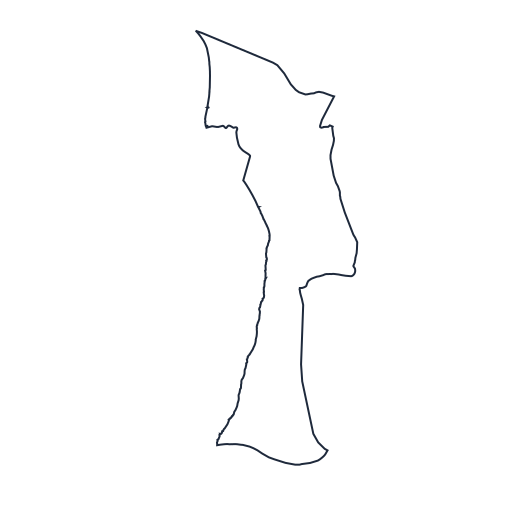 Khanfar, Abyan, Yemen, rotated 110°
{"feature_id": "15242507B88266569428979", "entity_name": "Khanfar", "entity_type": "district", "adm_level": 2, "iso_a3": "YEM", "parent_name": "Yemen", "parent_adm1": "Abyan", "projection": "robinson", "projection_center": [45.813, 13.334], "detail": "fine", "context": "isolated", "style": "outline", "palette": "slate", "viewbox_px": 512, "rotation_deg": 110, "n_neighbors": 0, "source": "geoboundaries", "source_scale": "gbopen_adm2", "svg_char_len": 5919}
<svg xmlns="http://www.w3.org/2000/svg" viewBox="0 0 512 512"><g transform="rotate(110 256 256)"><path d="M189.4,293.8L190.3,292.3L192.5,289.3L196.0,284.9L200.1,280.1L204.4,275.4L207.2,272.7L209.1,270.9L209.0,270.4L209.2,270.6L209.4,270.5L212.7,267.0L214.2,266.1L214.4,265.6L216.4,263.5L217.9,262.3L218.2,261.9L218.8,261.6L219.0,261.1L220.9,259.1L221.9,258.2L223.6,256.3L223.8,256.3L224.1,256.0L224.2,255.8L225.9,254.1L228.3,252.3L230.9,250.7L232.1,250.2L232.3,250.1L232.5,250.3L233.6,249.7L236.7,248.7L237.2,249.0L237.8,248.8L239.2,248.8L240.0,248.9L242.1,248.5L243.1,248.7L244.6,248.8L245.1,248.6L245.3,248.7L245.4,248.9L245.3,248.7L245.6,248.7L246.3,248.3L249.1,247.5L250.1,247.5L251.1,247.1L253.7,245.9L253.8,245.6L254.4,245.1L255.2,244.7L255.4,244.9L255.8,245.1L255.9,245.3L255.9,245.1L256.2,244.9L256.3,245.1L256.3,244.9L256.5,244.7L256.7,244.9L257.4,244.4L257.6,244.5L259.0,244.3L260.2,243.9L261.6,243.9L265.8,242.1L266.5,242.5L268.9,241.1L271.9,240.1L273.0,239.5L273.6,239.3L273.8,239.5L274.0,239.3L273.9,239.2L274.6,239.3L275.9,239.1L276.3,239.4L276.8,239.3L276.9,239.1L279.2,238.6L281.4,237.8L282.6,237.7L282.8,237.9L283.4,237.8L284.1,237.4L284.8,237.3L286.8,236.3L287.1,236.4L287.4,236.2L287.6,236.3L288.0,236.1L288.5,235.8L288.9,235.7L290.4,234.8L290.9,234.7L292.4,234.4L293.3,234.7L293.4,234.9L293.9,235.2L294.2,235.0L295.1,234.7L295.7,234.7L296.1,235.0L297.2,235.2L297.3,235.4L297.5,235.5L299.0,235.2L300.0,235.1L300.2,235.3L300.4,235.3L301.2,234.9L302.2,234.8L302.9,234.7L303.4,235.0L304.9,234.9L306.9,233.3L308.5,232.8L309.7,232.6L310.5,232.3L311.2,232.3L311.9,232.0L314.0,231.4L316.8,231.3L317.0,231.4L318.3,231.5L318.4,231.4L320.1,231.4L320.6,231.2L320.9,231.4L321.5,231.2L322.0,231.2L322.5,231.1L323.0,230.7L323.6,230.4L324.2,230.4L326.9,229.2L328.8,228.6L331.2,228.0L333.2,227.8L335.0,227.6L335.5,227.3L337.8,226.9L339.4,226.8L340.7,226.8L342.2,227.0L344.8,227.1L349.5,228.1L350.0,228.1L350.4,228.4L351.1,228.4L352.4,229.1L353.7,229.1L353.8,229.2L354.1,229.0L354.6,229.1L355.0,229.0L356.1,229.0L356.3,229.2L357.2,228.7L357.6,228.4L358.7,228.0L359.1,228.0L360.0,228.5L360.4,228.3L360.6,228.4L361.3,228.0L363.5,227.7L365.2,227.5L366.2,227.7L367.0,227.6L368.5,227.2L370.3,226.6L370.8,226.5L372.4,226.4L375.1,226.5L375.7,226.6L376.4,226.9L377.6,227.1L379.1,226.8L379.8,226.5L381.1,226.1L381.8,226.1L384.5,225.2L385.7,225.0L386.2,225.2L386.4,225.4L387.2,225.3L389.3,224.8L389.5,224.9L390.2,224.7L392.3,224.8L392.9,224.7L395.9,223.4L397.5,223.0L400.0,222.9L400.6,222.9L403.3,222.4L405.0,222.4L407.8,222.6L409.8,223.1L412.6,222.8L413.1,223.2L413.4,223.1L414.0,223.3L414.3,223.3L414.5,223.4L414.7,223.8L415.3,223.7L415.7,224.1L416.5,224.1L416.9,224.3L417.2,224.8L417.5,224.8L418.1,224.9L418.4,225.0L418.5,225.1L418.5,225.3L418.8,225.3L419.2,225.7L419.9,225.2L421.8,225.2L423.9,225.3L425.2,225.6L425.9,225.8L426.0,225.8L428.9,226.5L429.2,226.8L430.0,227.0L430.4,227.1L431.7,227.0L432.0,227.3L432.0,227.6L432.3,227.9L432.7,227.7L433.6,227.6L434.5,227.7L435.2,228.1L435.3,228.4L435.1,228.4L435.3,229.0L435.4,228.9L436.2,228.9L436.7,229.2L437.4,228.7L438.2,228.5L439.4,228.6L440.9,228.6L441.3,228.8L441.6,229.1L441.6,229.3L441.7,229.5L441.6,230.0L442.1,229.4L442.2,229.0L443.1,228.8L444.6,228.9L445.4,228.5L445.6,228.3L447.1,227.8L445.4,224.8L443.6,221.2L442.5,218.6L442.0,216.6L440.2,212.0L439.4,209.7L438.5,205.5L438.0,203.8L437.3,196.8L437.5,192.7L438.1,188.2L439.5,182.6L440.8,175.1L440.8,169.5L440.3,157.5L438.7,147.9L437.2,143.7L435.9,141.9L432.0,134.4L427.1,127.9L425.2,126.4L423.1,125.1L421.1,124.0L419.7,123.4L418.3,123.0L414.2,122.3L413.7,125.5L409.9,133.8L403.5,141.3L358.0,169.7L342.4,176.6L285.9,194.9L280.7,198.2L277.4,200.6L275.5,201.9L273.2,203.1L272.6,203.6L271.1,203.9L270.2,201.6L268.7,199.8L267.4,198.7L266.7,198.5L264.3,198.6L262.7,198.5L261.2,198.2L260.7,197.7L259.4,196.9L258.2,195.9L256.6,194.1L254.6,191.7L253.4,189.5L251.0,186.3L249.8,185.1L248.9,183.7L248.4,182.2L247.7,180.6L247.2,179.0L246.5,177.6L246.2,176.7L245.1,171.9L244.7,169.1L243.9,165.0L242.5,159.8L242.1,159.1L241.5,158.6L240.8,158.1L239.3,157.5L237.8,157.4L236.3,157.6L235.5,157.9L234.1,158.6L233.6,159.2L232.7,160.5L232.1,161.1L230.7,161.1L228.3,161.0L226.7,161.4L226.0,161.4L223.6,162.0L219.0,162.4L215.3,163.4L208.4,165.6L204.7,169.2L203.2,171.2L202.1,172.3L184.7,187.5L173.4,196.2L171.5,197.1L170.6,197.8L167.6,198.9L166.4,199.6L162.4,202.9L159.9,205.8L153.9,210.5L139.2,219.2L135.7,220.5L130.1,221.4L125.3,221.6L121.2,222.2L118.7,223.0L116.6,224.5L109.5,228.2L108.2,228.2L108.0,231.3L109.9,232.3L110.8,234.6L111.7,236.7L112.1,236.9L113.1,238.5L113.0,239.7L112.0,240.3L105.6,240.6L79.3,237.2L79.5,239.7L79.5,248.8L80.2,253.0L81.7,255.5L83.3,257.2L84.6,260.0L86.5,263.1L87.3,264.8L87.4,271.6L86.3,275.5L82.8,282.0L74.8,291.9L69.4,301.2L68.5,306.2L64.9,382.9L65.0,389.7L65.4,388.7L66.7,386.3L68.6,383.3L71.9,378.7L74.5,375.9L77.5,373.2L79.8,371.8L84.2,369.1L85.7,368.2L89.0,366.6L89.4,366.3L91.5,365.5L94.3,364.1L98.6,362.3L100.0,361.8L102.3,360.9L113.4,357.1L116.8,356.2L117.7,355.8L117.9,355.9L119.0,355.5L122.3,354.6L132.4,352.7L132.7,352.6L132.5,352.3L132.7,351.4L132.8,351.4L133.0,351.7L133.0,352.6L132.9,352.5L142.3,351.2L143.6,350.8L144.0,350.9L145.5,350.3L146.9,349.5L147.6,349.7L148.4,349.1L150.5,348.0L151.0,347.5L150.9,347.5L150.8,347.3L150.6,346.8L150.9,346.8L151.0,347.1L150.9,347.3L151.1,347.3L151.1,346.8L150.9,346.1L151.0,346.1L151.3,346.6L151.5,346.5L151.9,346.8L152.4,346.4L149.1,341.7L148.9,341.0L148.2,337.2L147.7,335.7L145.0,331.7L145.0,331.2L145.1,330.6L146.1,328.5L146.1,328.2L146.0,327.9L145.6,327.6L143.8,327.0L143.1,326.6L142.7,326.0L142.6,324.9L142.8,323.2L143.1,321.9L143.2,321.0L142.9,320.5L142.1,319.3L141.9,318.8L141.9,318.2L142.1,317.7L142.6,317.3L143.3,317.0L145.4,317.0L146.7,316.7L151.3,314.4L157.0,310.7L158.7,309.1L159.7,307.7L160.9,305.4L161.5,303.9L162.2,301.1L162.7,298.7L163.2,297.0L163.8,295.9L164.6,295.6L189.4,293.8Z" fill="none" stroke="#1e293b" stroke-width="2"/></g></svg>